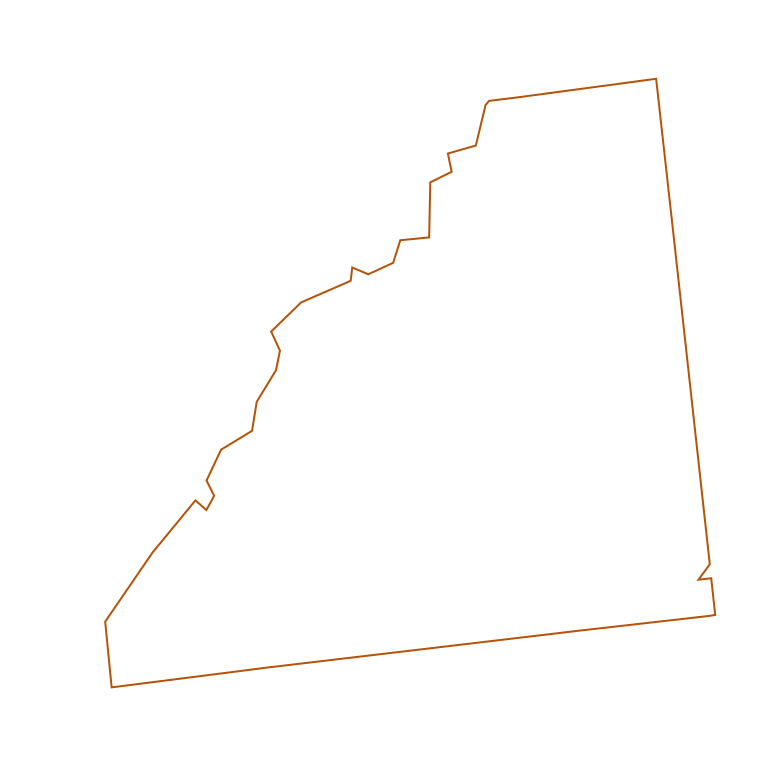 Mitchell, Georgia, United States of America (Natural Earth projection), rotated 353°
{"feature_id": "52423323B1848134729501", "entity_name": "Mitchell", "entity_type": "district", "adm_level": 2, "iso_a3": "USA", "parent_name": "United States of America", "parent_adm1": "Georgia", "projection": "natural_earth1", "projection_center": [-84.237, 31.26], "detail": "fine", "context": "isolated", "style": "outline", "palette": "amber", "viewbox_px": 768, "rotation_deg": 353, "n_neighbors": 0, "source": "geoboundaries", "source_scale": "gbopen_adm2", "svg_char_len": 608}
<svg xmlns="http://www.w3.org/2000/svg" viewBox="0 0 768 768"><g transform="rotate(353 384 384)"><path d="M548.4,652.6L678.5,653.8L684.6,653.6L685.1,616.7L672.3,616.6L685.4,602.6L689.5,274.3L691.3,114.2L549.1,115.8L522.8,115.8L518.8,119.5L504.2,158.5L475.5,163.0L477.0,181.6L454.5,189.5L446.7,244.0L417.7,243.3L407.9,264.8L381.7,273.2L366.7,264.5L363.5,277.5L311.7,292.9L278.4,318.2L284.8,338.2L278.5,357.1L255.5,386.2L247.3,414.4L214.3,429.3L196.1,458.2L201.8,474.2L192.3,487.5L182.7,476.5L134.0,522.8L78.3,585.9L76.7,651.9L235.1,651.2L548.4,652.6Z" fill="none" stroke="#b45309" stroke-width="2"/></g></svg>